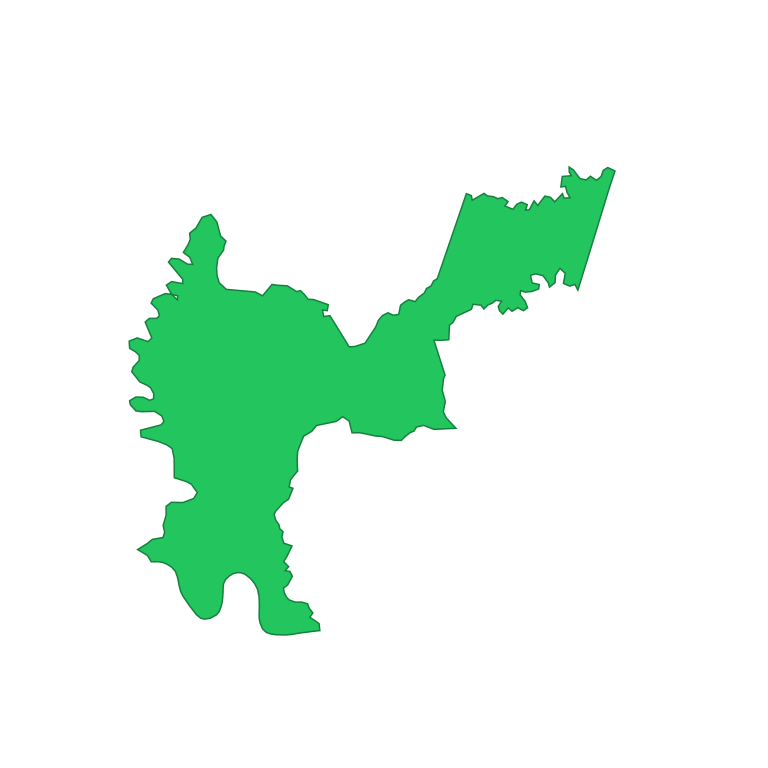 Nonoai, Rio Grande do Sul, Brazil, rotated 162°
{"feature_id": "56859067B21998969207293", "entity_name": "Nonoai", "entity_type": "district", "adm_level": 2, "iso_a3": "BRA", "parent_name": "Brazil", "parent_adm1": "Rio Grande do Sul", "projection": "orthographic", "projection_center": [-52.863, -27.353], "detail": "fine", "context": "isolated", "style": "filled", "palette": "green", "viewbox_px": 768, "rotation_deg": 162, "n_neighbors": 0, "source": "geoboundaries", "source_scale": "gbopen_adm2", "svg_char_len": 4131}
<svg xmlns="http://www.w3.org/2000/svg" viewBox="0 0 768 768"><g transform="rotate(162 384 384)"><path d="M539.4,172.9L534.0,171.8L529.4,171.0L521.2,169.3L519.8,176.2L523.0,180.5L526.6,185.0L522.4,188.3L524.4,193.6L524.6,198.6L529.8,202.1L535.7,203.9L540.9,207.9L542.7,211.7L543.3,216.4L542.7,220.9L537.7,222.7L530.6,229.4L531.4,234.8L535.7,237.0L531.1,239.7L534.3,246.0L529.4,250.2L521.5,258.4L528.4,263.5L528.4,270.1L525.6,274.7L527.8,278.3L527.4,282.6L529.0,287.6L528.8,294.0L526.1,296.7L522.3,298.8L516.6,302.1L510.4,303.9L502.8,312.9L506.0,315.4L502.6,321.7L497.8,325.0L493.0,327.9L492.0,332.0L489.7,339.6L486.9,346.7L483.8,350.6L476.5,359.2L467.4,361.3L460.9,365.4L441.0,363.2L433.4,365.6L428.6,359.6L429.5,347.4L422.2,345.2L407.6,336.9L402.0,334.7L391.9,327.5L384.9,325.0L380.2,327.5L374.0,329.7L370.2,329.9L366.4,333.0L359.1,332.4L350.5,325.4L329.3,319.7L335.4,332.9L336.2,339.3L331.1,348.3L330.6,359.8L325.8,370.6L323.2,373.5L323.0,410.3L315.9,407.8L308.7,406.1L303.5,419.7L299.3,421.3L294.3,426.0L277.8,428.0L274.7,432.3L267.4,429.0L265.9,424.5L260.3,427.2L256.1,427.4L251.8,429.0L246.6,426.5L251.4,422.3L251.5,418.0L249.3,413.7L242.4,418.0L239.8,413.6L233.2,415.2L228.6,410.6L223.9,412.2L224.2,418.9L227.0,426.8L225.2,430.6L221.2,427.7L214.9,426.3L207.5,426.6L205.6,430.6L211.9,434.4L211.1,442.1L205.7,441.9L199.3,437.9L196.5,429.5L196.7,425.0L190.0,427.5L187.2,434.7L181.0,439.6L177.4,433.2L182.3,424.2L177.1,419.7L171.6,419.7L170.6,413.4L148.9,444.1L109.4,500.4L98.5,515.2L104.3,520.7L109.5,519.4L113.4,514.2L119.0,512.1L123.5,517.8L128.6,515.6L134.2,518.8L137.7,529.0L140.9,533.1L142.3,528.6L141.5,524.2L150.3,526.3L154.9,516.7L150.3,515.9L150.7,509.5L149.5,503.7L155.2,505.0L155.5,509.9L165.3,504.5L168.0,510.1L172.9,513.0L178.8,509.0L182.5,506.3L184.7,511.8L192.0,504.8L195.7,505.6L192.3,510.3L197.1,514.5L202.2,513.9L207.4,510.3L214.0,515.9L209.6,519.2L214.0,524.8L218.6,525.1L222.2,528.5L227.4,530.8L229.9,534.4L243.3,531.5L242.7,536.2L246.8,539.6L300.8,467.7L305.0,466.7L309.1,462.6L314.1,461.7L317.5,458.1L324.7,455.6L328.8,452.7L334.6,456.5L338.4,455.8L343.9,453.8L346.0,450.0L348.6,445.6L354.1,446.6L358.1,450.5L364.3,449.6L369.5,446.4L374.3,440.8L389.4,428.7L400.0,428.7L405.7,430.1L407.6,438.3L414.3,465.7L420.5,466.8L419.7,473.3L415.3,471.3L412.5,476.7L425.4,486.4L429.9,487.9L432.2,494.0L434.6,498.6L438.6,498.9L445.5,507.2L455.2,511.0L459.7,513.3L472.3,505.4L477.9,511.3L504.7,522.7L509.5,531.4L509.3,538.7L507.3,546.3L503.1,555.0L495.3,560.8L493.5,564.5L490.1,568.7L493.7,575.2L492.9,589.8L496.2,598.7L505.5,598.7L514.5,590.5L522.2,587.5L523.6,581.4L527.2,577.1L534.2,571.1L529.6,564.6L529.0,556.9L533.7,558.6L540.1,566.0L547.3,569.2L551.3,566.5L543.1,545.9L544.4,541.7L554.3,547.0L560.4,545.3L558.3,534.8L564.1,537.6L577.0,536.4L580.5,532.9L576.3,524.3L576.4,518.4L579.8,516.7L587.0,518.9L592.0,516.7L590.6,499.6L595.2,497.2L604.5,504.1L613.1,503.5L614.9,496.5L610.4,491.4L607.9,486.8L609.7,481.9L617.4,477.5L620.1,473.6L615.5,461.3L609.6,455.9L607.1,452.4L606.0,446.1L607.7,441.1L611.9,440.9L617.1,445.8L624.1,448.3L631.1,446.7L631.7,442.7L628.3,435.1L622.9,432.5L610.7,428.9L605.2,422.3L604.8,416.4L608.7,414.0L629.9,415.3L631.3,408.8L616.4,399.1L609.4,393.3L605.4,387.9L606.6,378.0L612.4,359.7L605.9,355.0L602.3,352.5L598.2,348.2L595.1,338.5L600.4,333.9L611.9,333.4L622.8,337.2L629.0,335.0L631.8,326.5L637.7,317.9L638.5,310.6L641.6,306.3L652.4,307.8L658.6,305.4L669.5,302.7L661.9,293.9L660.3,286.8L653.8,284.8L649.6,282.7L646.2,279.8L642.6,275.5L640.3,270.4L640.1,264.5L640.5,260.3L641.2,255.1L641.5,249.5L640.7,244.1L639.2,239.1L637.5,233.3L635.8,228.4L633.7,222.6L630.7,217.9L627.5,215.9L621.8,214.9L614.6,216.2L611.1,218.5L607.8,222.5L605.2,226.6L603.4,230.8L601.5,235.5L600.1,239.6L598.3,243.6L595.2,247.0L591.0,249.0L586.1,250.3L581.5,249.9L578.1,248.5L575.0,246.1L571.3,240.6L568.7,234.2L567.7,227.9L568.5,220.5L570.3,214.2L571.7,209.9L573.4,205.0L575.1,199.8L575.7,194.7L575.1,188.5L572.7,184.1L568.9,181.2L564.3,179.0L560.5,177.6L555.3,175.8L549.4,174.4L545.2,173.8L539.4,172.9ZM558.3,534.8L552.9,531.7L554.5,527.9L558.3,534.8Z" fill="#22c55e" stroke="#15803d" stroke-width="1.5"/></g></svg>